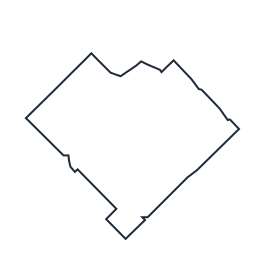 Cherokee, Georgia, United States of America, rotated 225°
{"feature_id": "52423323B87782711377512", "entity_name": "Cherokee", "entity_type": "district", "adm_level": 2, "iso_a3": "USA", "parent_name": "United States of America", "parent_adm1": "Georgia", "projection": "robinson", "projection_center": [-84.463, 34.243], "detail": "fine", "context": "isolated", "style": "outline", "palette": "slate", "viewbox_px": 256, "rotation_deg": 225, "n_neighbors": 0, "source": "geoboundaries", "source_scale": "gbopen_adm2", "svg_char_len": 628}
<svg xmlns="http://www.w3.org/2000/svg" viewBox="0 0 256 256"><g transform="rotate(225 128 128)"><path d="M207.0,84.5L207.2,62.8L154.2,63.0L150.8,66.5L146.3,63.0L141.4,59.9L134.5,59.4L134.4,63.1L79.1,62.6L79.0,48.1L51.3,47.9L50.9,75.0L54.8,75.0L51.0,78.9L51.0,135.3L49.4,147.0L48.8,205.8L61.6,206.1L62.6,205.5L63.0,204.1L76.7,206.5L83.3,206.7L96.4,207.0L103.0,207.1L105.5,205.6L117.6,207.4L143.6,208.1L143.8,198.2L143.8,191.2L146.6,191.7L159.3,186.6L165.8,184.4L166.3,178.0L169.9,159.3L179.4,154.8L197.5,154.8L206.8,154.9L206.7,144.8L206.8,130.8L206.8,106.6L207.0,84.5Z" fill="none" stroke="#1e293b" stroke-width="2"/></g></svg>